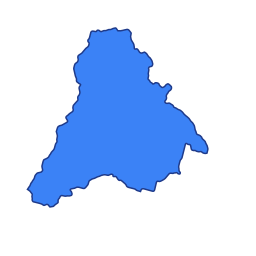 outline of Santa Cruz del Seybo, El Seybo, Dominican Republic, rotated 284°
{"feature_id": "3306468B51823501845904", "entity_name": "Santa Cruz del Seybo", "entity_type": "district", "adm_level": 2, "iso_a3": "DOM", "parent_name": "Dominican Republic", "parent_adm1": "El Seybo", "projection": "orthographic", "projection_center": [-69.057, 18.747], "detail": "fine", "context": "isolated", "style": "filled", "palette": "blue", "viewbox_px": 256, "rotation_deg": 284, "n_neighbors": 0, "source": "geoboundaries", "source_scale": "gbopen_adm2", "svg_char_len": 5762}
<svg xmlns="http://www.w3.org/2000/svg" viewBox="0 0 256 256"><g transform="rotate(284 128 128)"><path d="M107.2,59.3L105.7,60.2L103.3,61.4L102.5,61.5L99.6,61.7L97.6,62.4L96.9,62.3L95.6,61.8L94.8,61.6L90.9,61.5L89.8,61.4L89.0,61.2L85.8,59.5L84.1,59.1L82.5,58.4L81.0,58.1L80.3,57.8L79.0,56.7L77.9,55.4L77.0,54.2L76.4,53.9L74.8,53.7L70.4,53.7L69.6,53.9L66.7,55.3L66.0,55.4L65.3,55.1L64.3,54.5L63.3,52.7L62.8,51.6L62.2,50.8L61.6,50.4L59.8,49.5L58.8,49.3L56.5,49.2L55.7,49.0L53.9,48.3L52.2,47.8L50.9,47.2L48.1,46.8L46.5,46.1L44.1,45.3L43.8,46.3L43.0,48.2L40.8,50.9L40.2,51.2L38.2,51.4L36.7,52.1L35.0,52.4L34.3,52.8L33.7,53.5L33.5,54.0L33.5,54.9L33.5,60.1L33.4,62.1L33.2,63.2L32.7,64.4L32.6,64.9L32.7,65.4L32.9,65.8L34.2,67.5L34.3,68.0L34.3,68.5L34.1,69.2L33.0,70.6L32.5,71.4L33.6,73.9L33.9,74.5L34.7,75.1L36.0,75.9L38.3,77.9L38.7,78.1L39.2,78.1L40.6,77.7L41.9,77.7L43.4,78.4L45.1,78.8L45.6,79.0L45.9,79.3L46.4,79.9L46.5,80.4L46.6,83.1L46.8,84.1L47.4,85.4L47.9,87.6L48.7,89.0L49.0,89.4L49.4,89.6L49.9,89.7L50.9,89.5L52.6,88.4L53.3,87.4L53.8,87.0L54.2,86.9L54.4,86.9L54.9,87.3L55.2,87.6L56.6,90.7L58.1,92.6L58.4,93.4L58.6,94.7L58.5,99.2L58.7,100.0L58.9,100.4L59.2,100.7L60.6,101.6L63.0,102.7L63.8,102.9L66.7,103.0L67.5,103.3L68.1,103.8L69.7,105.4L70.2,106.1L71.1,107.7L73.3,110.3L74.2,111.9L75.7,113.8L76.8,116.0L77.1,117.1L77.2,119.3L77.3,120.2L77.7,120.9L79.0,122.6L79.2,123.3L79.2,124.0L78.9,124.6L78.6,124.8L77.7,125.1L77.5,125.4L77.4,126.0L77.9,127.4L77.9,128.1L77.5,128.8L75.8,130.6L75.2,131.6L75.1,132.3L75.5,133.5L75.5,133.9L74.7,135.8L74.0,137.0L73.5,138.2L72.5,139.7L71.2,140.8L70.7,141.7L70.5,143.0L70.5,148.9L70.3,150.0L69.7,151.2L69.5,152.3L69.4,155.5L70.6,155.6L71.5,155.8L72.2,156.3L72.6,157.0L72.8,157.9L72.8,158.9L72.6,166.7L72.7,167.6L72.9,168.1L73.3,168.5L73.8,168.7L74.7,168.8L82.0,168.7L82.5,168.8L83.0,169.0L83.3,169.2L83.6,169.9L83.7,171.4L84.2,172.4L85.1,173.5L86.7,175.2L88.1,176.3L93.4,178.9L94.1,179.5L94.3,179.9L94.5,180.5L94.8,182.6L95.5,183.6L95.9,184.8L96.4,185.7L96.4,186.4L95.8,187.5L95.7,188.5L95.8,189.1L95.9,189.3L96.3,189.6L96.8,189.6L97.4,189.5L97.7,189.2L98.5,188.2L99.3,187.7L101.0,187.2L102.3,186.6L103.7,186.4L107.2,186.4L109.0,186.5L109.8,186.7L111.3,187.4L112.3,187.6L121.0,187.6L125.5,187.6L126.1,187.6L126.8,187.8L127.0,188.0L127.1,188.4L127.1,188.8L126.7,190.0L126.6,190.4L126.9,191.8L126.7,192.4L126.1,193.0L122.9,194.5L122.2,195.2L122.0,195.9L122.0,196.9L122.4,198.6L122.0,200.3L122.0,201.8L122.1,202.6L122.6,203.9L122.8,204.6L122.6,205.3L122.1,206.3L122.0,206.8L121.9,207.6L121.9,208.4L122.1,209.5L122.7,210.7L126.0,210.7L126.8,210.6L127.5,210.4L129.9,209.1L132.3,207.0L133.5,206.2L133.8,205.8L134.6,204.5L135.4,203.0L136.0,202.3L136.9,201.7L137.9,200.1L138.2,199.2L138.5,196.9L138.7,196.4L138.9,196.0L139.5,195.6L140.8,194.9L142.5,193.6L145.9,192.0L146.7,191.4L148.4,189.7L148.9,189.0L149.7,187.5L152.0,184.9L153.3,182.5L153.8,181.3L154.9,179.2L156.6,177.0L157.7,174.8L157.9,174.1L158.2,171.8L158.9,170.0L159.2,167.8L159.6,167.2L160.6,166.4L161.1,165.6L161.5,164.2L162.0,162.9L162.1,162.4L162.1,161.7L161.5,160.4L161.3,159.4L161.3,158.9L161.4,158.4L161.8,157.8L162.4,157.4L163.2,157.4L164.9,158.1L165.9,158.2L166.6,158.1L168.2,157.4L169.4,157.4L170.2,157.6L171.5,158.2L173.2,158.6L173.9,159.1L175.1,160.1L175.8,160.4L176.6,160.6L177.4,160.5L177.9,160.4L178.7,160.0L179.7,158.4L180.4,156.9L180.5,156.5L180.5,156.0L180.1,155.4L179.4,154.7L178.7,154.2L177.5,153.7L176.5,152.9L175.8,152.0L175.7,151.8L175.6,151.0L175.8,150.5L176.8,148.6L177.4,147.9L178.4,147.2L178.6,146.8L178.8,145.8L178.8,145.0L178.6,143.8L178.4,143.4L177.5,142.8L177.0,142.1L176.8,141.7L176.8,141.3L177.4,140.4L177.8,139.0L178.0,138.6L178.4,138.1L179.4,137.3L179.9,136.1L180.2,135.8L180.8,135.5L181.3,135.4L183.6,135.3L184.1,135.2L185.6,134.5L189.1,134.2L189.6,134.1L190.6,133.6L191.3,133.5L191.8,133.6L192.4,134.0L192.8,134.5L193.3,135.6L193.6,135.9L194.1,136.4L194.6,136.5L195.4,136.6L195.9,136.5L196.4,136.4L198.6,135.2L199.4,134.6L200.9,133.0L201.4,132.4L201.9,131.3L202.3,130.6L204.7,128.0L205.5,126.1L205.6,125.7L205.4,125.3L204.1,123.4L204.0,122.9L203.9,122.2L204.1,121.4L204.3,120.9L206.3,118.8L206.8,118.0L206.9,117.5L206.8,117.0L206.4,116.1L206.3,115.7L206.5,115.1L207.0,114.8L208.3,114.4L210.5,113.4L211.4,112.7L214.0,110.1L215.1,109.4L217.3,108.4L220.2,108.2L220.8,108.1L221.2,107.8L223.2,105.2L223.4,104.7L223.5,104.2L223.5,103.4L223.3,102.9L222.2,100.7L221.5,99.4L220.5,97.2L219.9,94.6L221.8,92.5L222.0,92.0L222.0,91.5L221.0,89.5L219.5,87.6L219.3,87.1L218.8,85.4L217.3,83.2L217.1,82.7L216.7,81.2L216.5,80.8L215.1,78.8L215.0,78.3L215.0,77.9L215.7,76.2L215.7,75.5L215.6,75.0L215.3,74.5L214.2,74.0L213.9,73.7L213.7,73.0L213.6,71.1L213.4,70.0L213.0,69.4L212.6,69.1L211.9,68.8L211.2,68.8L207.3,68.8L205.7,68.7L205.0,68.5L203.8,67.9L203.3,67.9L202.8,68.0L202.4,68.2L201.9,68.6L201.3,69.5L200.9,69.7L200.2,69.9L199.4,69.9L197.9,69.8L196.9,69.3L195.0,67.8L189.5,65.1L188.7,64.4L187.1,62.9L186.3,62.3L185.5,62.1L184.7,62.2L184.2,62.3L182.7,63.0L182.0,63.2L180.9,63.2L180.1,63.0L179.6,62.8L178.0,61.5L177.3,61.1L175.9,60.9L173.5,60.9L172.7,61.0L172.0,61.2L165.7,64.4L163.5,66.0L163.0,66.2L161.6,66.5L160.9,66.8L160.4,67.3L160.2,67.8L159.3,69.7L159.0,71.0L158.7,71.4L158.6,71.5L157.9,71.5L156.5,70.9L155.5,70.8L154.5,71.0L151.5,72.5L150.6,72.8L149.5,72.8L148.7,72.7L148.2,72.6L146.9,72.0L145.9,71.8L144.9,72.0L143.7,72.5L143.0,72.6L142.5,72.5L140.6,71.5L139.3,70.8L137.3,69.8L136.6,69.5L135.6,69.5L134.5,69.6L133.8,69.8L132.8,70.3L132.3,70.5L131.5,70.5L130.7,70.3L129.9,69.7L127.7,67.7L126.2,66.8L124.5,65.5L123.8,65.2L123.3,65.2L122.6,65.5L120.8,67.3L120.2,67.7L119.7,67.8L119.3,67.7L118.3,66.9L115.3,63.7L114.6,62.9L113.8,61.3L113.2,60.6L112.6,60.0L112.0,59.7L111.1,59.5L107.2,59.3Z" fill="#3b82f6" stroke="#1e3a8a" stroke-width="1.5"/></g></svg>